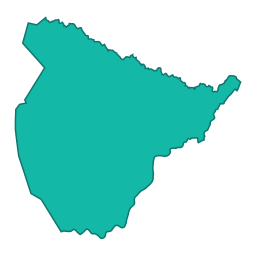 Dom Inocêncio, Piauí, Brazil
{"feature_id": "56859067B88808375837925", "entity_name": "Dom Inocêncio", "entity_type": "district", "adm_level": 2, "iso_a3": "BRA", "parent_name": "Brazil", "parent_adm1": "Piauí", "projection": "robinson", "projection_center": [-41.762, -8.923], "detail": "fine", "context": "isolated", "style": "filled", "palette": "teal", "viewbox_px": 256, "rotation_deg": 0, "n_neighbors": 0, "source": "geoboundaries", "source_scale": "gbopen_adm2", "svg_char_len": 4321}
<svg xmlns="http://www.w3.org/2000/svg" viewBox="0 0 256 256"><path d="M45.7,17.6L36.8,24.9L28.3,23.0L22.7,43.2L31.8,53.3L44.7,67.8L24.8,99.9L26.2,103.0L19.6,104.4L15.8,109.5L15.5,118.5L15.4,122.5L15.4,129.4L16.2,136.1L16.8,141.2L18.7,155.9L24.2,172.5L29.4,188.6L31.0,193.5L41.2,199.4L46.2,207.5L61.2,231.8L62.2,231.2L64.2,231.0L65.8,231.2L68.2,231.5L70.8,231.3L73.7,229.4L74.9,229.7L75.6,230.2L77.6,232.5L80.1,234.5L81.0,234.0L83.0,232.5L85.9,229.6L86.7,229.1L87.6,229.1L89.2,230.5L91.4,233.3L92.2,233.7L94.1,233.7L95.0,233.7L97.1,234.8L99.3,236.7L99.8,237.4L100.6,238.1L101.4,238.4L102.4,238.3L103.5,237.9L104.7,236.9L105.3,235.9L105.7,233.4L106.1,232.5L106.9,231.8L110.0,231.3L111.4,230.6L113.1,228.2L114.7,226.2L115.4,225.6L116.9,225.3L118.3,225.7L119.7,226.6L120.4,227.1L121.6,227.6L122.8,227.7L124.3,227.0L125.3,225.2L126.1,223.0L126.4,221.0L126.8,219.1L128.3,214.2L128.6,212.2L129.2,210.6L129.8,209.1L131.0,207.4L134.0,204.6L134.6,203.2L134.3,199.6L134.6,197.9L135.3,196.8L136.9,195.4L137.8,194.2L139.9,192.0L141.1,190.9L145.1,188.7L145.8,188.1L147.8,186.2L150.1,184.2L151.6,182.4L152.3,181.4L153.0,179.2L153.4,173.6L152.9,169.7L152.8,167.4L152.9,166.3L153.5,160.6L154.0,158.4L154.6,157.0L155.5,156.2L157.1,155.8L160.0,155.6L164.9,156.3L166.1,156.1L167.2,155.8L168.3,155.1L169.2,154.4L170.1,153.1L170.4,151.7L170.0,150.4L170.1,149.2L171.5,148.4L172.5,148.1L176.1,148.3L177.7,147.4L179.0,147.5L180.3,147.6L181.4,147.2L182.6,146.3L183.1,144.9L183.4,143.3L184.1,142.4L186.3,141.9L188.0,138.7L190.3,139.2L191.8,138.1L195.1,137.9L196.2,137.9L197.3,138.0L197.7,138.9L197.9,140.2L197.9,141.9L198.4,142.7L199.9,141.9L201.7,140.8L204.1,139.9L204.1,138.9L203.9,137.8L204.8,136.4L204.0,133.9L204.2,132.7L205.1,131.3L206.6,130.6L207.3,130.2L207.9,129.5L208.9,127.0L210.1,124.8L210.3,123.7L210.2,122.4L210.5,121.5L211.6,120.5L213.5,119.4L214.5,118.3L214.6,117.4L214.3,116.3L213.6,115.0L213.5,113.8L215.2,111.4L215.8,109.7L217.8,109.0L218.4,107.1L219.3,105.9L220.2,103.7L222.6,103.9L223.4,103.7L224.1,103.2L224.1,102.1L225.4,100.8L226.0,99.7L226.6,98.8L227.6,97.7L228.3,96.5L230.3,94.7L231.5,93.4L232.6,92.1L234.3,89.7L235.3,89.0L236.4,90.5L237.1,90.7L237.9,89.2L240.6,82.0L238.5,80.3L237.4,79.5L236.5,78.6L236.2,77.2L235.4,76.6L234.6,76.2L233.4,75.9L230.3,75.8L229.4,75.9L228.7,76.5L227.1,79.1L226.2,80.5L225.4,80.4L224.1,83.3L223.0,83.8L222.3,84.1L221.6,84.7L219.9,84.8L219.2,85.7L218.8,86.5L218.3,87.8L218.0,89.2L217.9,90.2L217.1,91.8L216.3,91.7L214.7,91.3L213.5,91.9L212.5,91.2L212.3,90.2L212.7,88.4L212.5,87.2L211.2,87.1L210.2,86.3L208.9,85.5L208.4,86.4L206.9,86.7L205.9,86.3L205.2,85.5L205.0,84.5L203.2,83.8L201.7,84.2L200.3,83.4L199.5,84.9L199.0,86.0L197.9,86.3L197.0,86.6L195.7,87.1L194.8,87.4L195.2,88.5L194.8,89.3L193.9,88.5L193.1,87.7L191.7,87.5L190.8,87.8L189.4,87.4L188.8,88.3L188.2,87.5L187.1,86.3L186.3,85.8L185.3,85.7L185.5,84.4L185.4,83.3L184.3,82.6L183.2,82.7L182.0,81.7L180.6,80.6L180.4,79.4L180.4,78.1L179.7,77.8L178.4,78.6L177.5,77.9L176.2,77.0L175.1,77.1L174.0,77.1L172.7,74.9L170.1,76.3L168.4,76.6L167.5,75.4L166.8,74.8L166.6,73.9L165.7,73.4L164.3,74.1L163.3,74.8L162.3,74.7L161.7,73.1L160.7,71.0L161.0,70.0L160.9,69.0L160.4,68.1L159.1,67.8L158.1,68.1L157.5,68.7L156.6,70.6L153.9,70.7L153.1,70.1L151.4,69.1L149.6,69.1L148.7,69.2L148.3,68.1L147.3,68.5L145.1,68.4L145.2,66.8L144.3,65.1L143.0,64.2L141.3,65.3L141.1,64.1L139.5,63.0L139.4,62.1L137.9,60.9L137.1,60.2L136.0,59.2L136.1,57.4L134.6,57.7L133.6,57.2L132.7,55.9L132.7,54.6L130.6,55.8L129.9,57.5L127.7,56.9L125.9,56.9L125.0,58.0L124.1,58.5L123.3,59.7L121.7,59.2L120.9,58.6L120.1,57.2L119.3,56.5L117.8,54.8L117.0,54.2L116.7,53.1L115.4,52.5L114.6,52.1L113.5,51.0L112.7,50.3L110.6,50.2L109.0,49.8L108.2,50.9L107.7,49.8L106.2,47.7L105.2,46.1L104.5,44.4L102.4,45.6L101.0,44.0L100.1,42.5L98.9,41.7L94.7,41.7L93.9,40.8L93.8,39.7L92.5,39.6L91.3,39.0L89.3,39.0L88.3,38.7L88.3,37.2L88.3,36.2L87.6,35.7L86.3,35.6L85.5,35.3L85.0,34.2L84.2,33.3L83.3,32.1L81.8,29.8L81.4,28.0L80.3,27.7L78.5,28.5L77.2,28.4L75.8,27.0L74.9,25.1L73.5,23.8L70.4,23.7L69.3,23.5L69.0,25.0L67.8,25.6L66.2,27.2L64.8,25.7L63.8,25.9L63.7,24.2L62.2,22.3L61.6,22.9L60.4,23.4L59.2,23.1L59.1,20.9L58.5,19.6L57.1,20.0L55.7,20.0L54.5,20.4L53.6,21.3L52.2,21.2L51.3,22.1L50.5,22.1L49.3,22.4L48.7,21.1L47.5,20.5L45.9,19.9L46.0,18.7L45.7,17.6Z" fill="#14b8a6" stroke="#0f766e" stroke-width="1.5"/></svg>